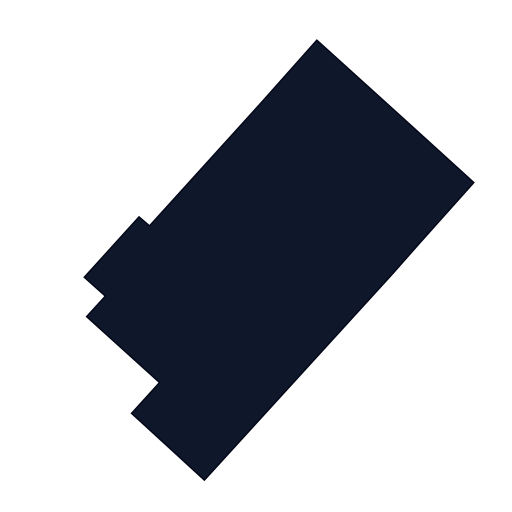 outline of Union, Mississippi, United States of America, rotated 132°
{"feature_id": "52423323B35434026565604", "entity_name": "Union", "entity_type": "district", "adm_level": 2, "iso_a3": "USA", "parent_name": "United States of America", "parent_adm1": "Mississippi", "projection": "natural_earth1", "projection_center": [-88.946, 34.482], "detail": "fine", "context": "isolated", "style": "filled", "palette": "ink", "viewbox_px": 512, "rotation_deg": 132, "n_neighbors": 0, "source": "geoboundaries", "source_scale": "gbopen_adm2", "svg_char_len": 395}
<svg xmlns="http://www.w3.org/2000/svg" viewBox="0 0 512 512"><g transform="rotate(132 256 256)"><path d="M386.7,369.4L386.6,341.1L414.4,341.3L414.6,243.0L456.2,243.2L456.3,229.4L456.7,183.2L457.1,144.4L439.2,144.3L179.3,142.6L137.9,143.0L55.7,143.3L55.6,157.2L55.2,242.3L54.9,355.2L138.8,354.7L304.9,355.3L305.2,369.1L386.7,369.4Z" fill="#0f172a" stroke="#020617" stroke-width="1.5"/></g></svg>